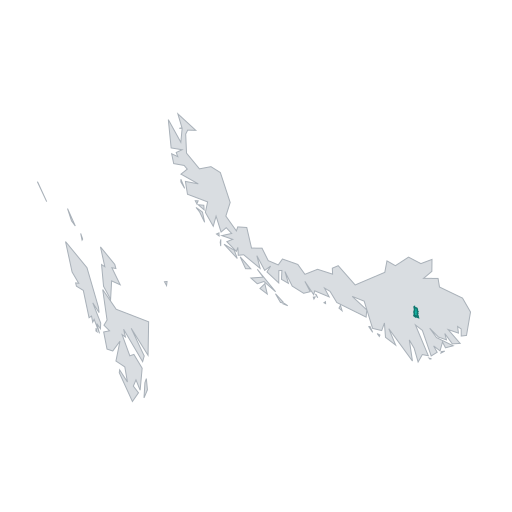 Hemsedal nor, Buskerud, Norway (highlighted), rotated 248°
{"feature_id": "86288312B18183247868673", "entity_name": "Hemsedal nor", "entity_type": "district", "adm_level": 2, "iso_a3": "NOR", "parent_name": "Norway", "parent_adm1": "Buskerud", "projection": "robinson", "projection_center": [8.592, 60.928], "detail": "fine", "context": "in_parent", "style": "filled", "palette": "teal", "viewbox_px": 512, "rotation_deg": 248, "n_neighbors": 0, "source": "geoboundaries", "source_scale": "gbopen_adm2", "svg_char_len": 5008}
<svg xmlns="http://www.w3.org/2000/svg" viewBox="0 0 512 512"><g transform="rotate(248 256 256)"><path d="M304.3,243.0L286.6,247.2L289.8,250.0L285.9,258.1L265.0,254.8L261.0,264.5L247.1,265.6L239.4,273.3L243.3,279.4L232.5,291.6L220.7,294.5L220.6,308.1L210.5,320.2L216.1,322.2L216.2,328.6L192.0,337.1L192.6,369.3L202.4,375.6L194.8,381.6L197.8,397.0L187.2,406.0L186.9,417.9L175.9,413.3L172.5,403.0L167.0,416.4L158.5,414.5L139.6,431.7L123.7,433.9L103.5,421.4L104.9,416.3L111.5,418.9L115.1,416.5L108.7,414.8L115.8,406.6L98.5,412.5L101.0,405.1L113.4,402.0L106.9,401.2L112.5,394.8L124.0,390.0L112.7,392.8L98.9,405.2L99.9,397.3L106.4,396.7L99.1,391.1L106.1,387.0L98.9,387.9L97.7,381.0L124.7,382.4L132.3,378.0L99.0,378.4L102.3,373.3L97.0,366.6L111.3,368.1L120.8,366.7L100.0,361.7L138.9,351.9L121.1,352.1L132.1,345.6L145.8,350.0L139.8,344.6L145.2,337.0L173.6,339.4L182.5,330.1L164.5,338.5L158.1,335.2L182.6,313.5L195.5,311.4L200.6,307.5L190.7,308.5L201.7,297.4L198.5,295.0L214.2,291.8L202.6,292.9L203.6,286.2L214.5,278.3L230.8,277.0L218.5,275.8L224.8,270.9L232.9,274.6L233.9,271.7L222.5,267.0L237.1,260.2L241.2,265.8L239.4,258.7L256.0,256.9L243.0,255.2L261.8,245.0L263.3,239.8L270.8,242.4L267.6,239.5L280.2,234.3L280.2,240.6L287.7,232.0L286.0,241.9L293.4,239.0L291.3,232.6L307.9,233.9L299.6,227.5L315.4,225.4L324.3,231.4L338.9,215.6L351.6,218.5L344.5,229.5L360.0,217.1L362.3,224.8L366.9,223.3L372.5,214.3L382.4,216.1L377.4,220.7L381.9,220.8L382.2,227.3L388.0,217.8L415.3,225.8L389.6,228.9L401.9,235.3L417.1,236.8L395.1,247.2L398.3,239.8L395.4,236.5L377.4,230.1L358.0,236.2L355.7,247.7L346.7,254.2L315.3,252.1L304.3,243.0ZM225.5,83.0L242.6,86.3L241.5,92.2L248.8,89.1L252.4,93.9L282.3,101.3L259.0,106.4L235.2,131.8L204.4,118.7L235.7,113.2L205.2,114.9L200.5,111.3L237.7,105.8L229.8,104.6L233.2,102.4L210.7,101.6L210.5,105.9L194.6,108.4L175.0,98.3L186.1,98.3L181.3,93.5L173.2,95.8L167.4,86.9L199.0,85.5L201.5,86.9L187.3,89.6L202.3,92.8L211.1,86.8L228.0,98.0L221.6,87.6L225.5,83.0ZM261.3,78.1L288.8,83.0L295.3,78.2L298.6,78.7L297.1,81.4L310.1,79.5L340.7,84.8L308.5,94.9L267.3,90.7L262.3,89.3L273.7,87.1L252.0,86.9L246.8,84.5L252.9,83.1L242.9,81.9L257.9,82.2L255.8,79.8L261.9,81.0L261.3,78.1ZM285.0,103.3L305.9,109.6L302.7,111.8L322.7,115.2L301.1,121.9L296.9,121.4L299.1,118.0L280.2,119.3L287.0,112.8L270.4,105.0L285.0,103.3ZM233.7,254.7L243.2,252.2L215.5,260.8L229.4,253.8L229.8,246.8L237.5,243.0L233.7,254.7ZM248.1,241.6L261.2,241.0L246.1,246.4L248.1,241.6ZM260.7,237.7L278.9,230.8L269.5,238.0L260.7,237.7ZM166.4,99.0L180.2,105.6L183.4,108.4L172.6,105.2L166.4,99.0ZM224.4,247.5L227.0,253.8L216.5,252.2L224.4,247.5ZM323.5,218.6L316.8,222.8L306.5,221.0L318.0,220.2L323.5,218.6ZM325.2,221.6L322.6,226.6L318.2,225.2L325.2,221.6ZM203.7,261.3L213.7,259.9L202.9,264.0L203.7,261.3ZM406.1,81.3L384.8,82.3L406.8,81.1L406.1,81.3ZM357.7,98.1L370.6,99.0L351.5,99.7L357.7,98.1ZM345.4,215.2L352.8,214.1L355.3,215.1L345.4,215.2ZM330.0,220.4L328.8,223.0L326.5,220.7L330.0,220.4ZM291.2,227.6L291.3,230.3L288.4,229.3L291.2,227.6ZM266.4,161.5L265.7,164.0L262.1,162.0L266.4,161.5ZM342.6,101.9L336.6,101.6L335.9,100.7L342.6,101.9ZM176.6,313.4L178.6,315.8L173.0,315.3L176.6,313.4ZM278.4,227.0L282.2,228.0L284.6,229.6L278.4,227.0ZM246.5,79.5L249.1,80.7L245.2,80.3L246.5,79.5ZM148.0,335.3L141.5,335.6L148.2,334.1L148.0,335.3ZM138.7,339.3L136.3,341.3L135.2,340.2L138.7,339.3ZM201.3,264.6L198.0,266.8L201.6,263.1L201.3,264.6ZM97.9,392.1L97.1,395.4L96.7,391.1L97.9,392.1ZM195.9,295.5L194.4,293.6L196.4,293.7L195.9,295.5ZM403.1,232.7L402.7,235.0L402.3,234.6L403.1,232.7ZM197.7,297.3L194.1,297.6L198.5,296.8L197.7,297.3ZM187.2,301.5L187.6,303.3L185.8,302.7L187.2,301.5ZM96.5,378.2L94.9,380.2L95.3,378.6L96.5,378.2Z" fill="#d9dde1" stroke="#a8b0b8" stroke-width="1"/><path d="M149.8,384.0L149.8,383.9L149.7,383.8L149.7,383.7L149.5,383.4L149.4,383.4L149.2,383.4L148.9,383.4L148.7,383.4L148.4,383.3L147.3,383.0L146.8,382.9L146.3,382.7L146.2,382.6L145.8,382.5L145.8,382.4L146.0,382.3L145.9,382.2L145.7,382.0L145.6,381.9L145.4,381.8L145.3,381.7L145.1,381.7L144.9,381.5L144.7,381.5L144.6,381.4L144.4,381.4L144.2,381.3L143.9,381.3L143.7,381.3L143.4,381.3L143.4,381.2L143.2,381.1L142.4,380.8L142.3,380.7L141.7,380.1L141.1,380.2L140.9,380.4L140.4,380.7L140.7,380.8L141.3,381.1L141.1,381.3L141.0,381.5L140.9,381.5L140.6,381.5L140.6,381.8L140.6,382.0L140.3,382.1L140.2,382.2L139.8,382.0L139.6,381.9L139.6,382.0L139.4,382.1L139.2,382.3L139.0,382.5L138.8,382.7L138.1,383.5L138.8,383.6L139.3,383.7L139.7,383.8L140.7,383.8L141.5,383.8L141.8,383.9L142.0,383.9L142.0,384.0L142.1,384.5L142.3,384.5L142.5,384.5L142.8,384.5L143.4,384.7L143.5,384.7L143.7,384.8L143.8,385.0L143.8,385.3L144.3,385.2L144.8,385.0L145.0,385.1L145.2,385.3L145.4,385.3L145.5,385.4L145.8,385.5L146.2,385.6L146.5,385.6L146.8,385.6L147.1,385.6L147.3,385.5L147.4,385.4L147.5,385.4L147.6,385.2L147.8,385.1L147.9,384.9L148.0,384.8L148.0,384.7L148.2,384.4L148.3,384.3L148.4,384.2L148.6,384.1L148.6,383.9L148.8,383.8L149.4,383.9L149.8,384.0Z" fill="#14b8a6" stroke="#0f766e" stroke-width="1.5"/></g></svg>